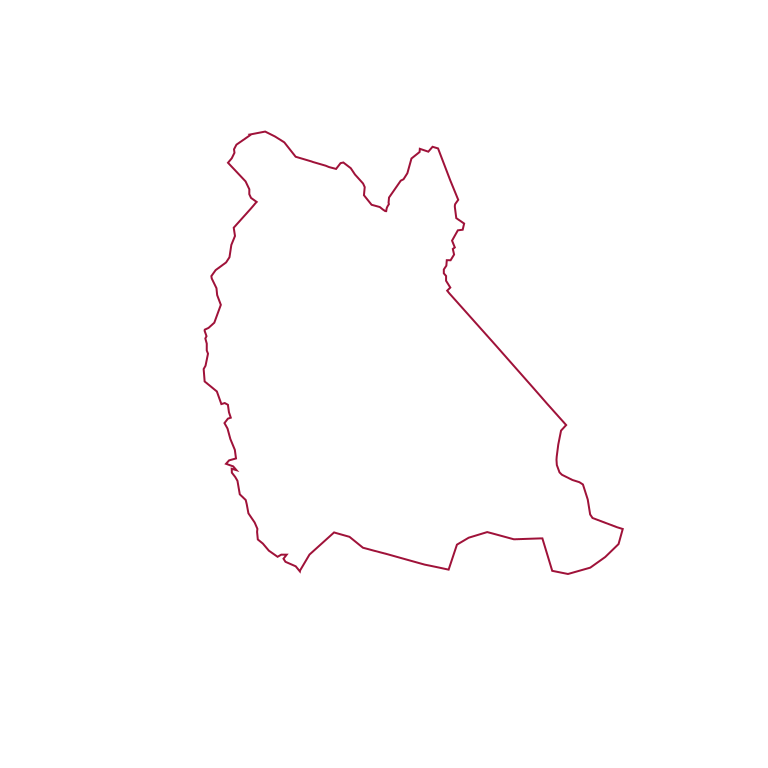 Salinas, Puerto Rico (Equal Earth projection), rotated 318°
{"feature_id": "32010507B26348414705735", "entity_name": "Salinas", "entity_type": "district", "adm_level": 2, "iso_a3": "PRI", "parent_name": "Puerto Rico", "parent_adm1": "", "projection": "equal_earth", "projection_center": [-66.255, 18.004], "detail": "fine", "context": "isolated", "style": "outline", "palette": "rose", "viewbox_px": 768, "rotation_deg": 318, "n_neighbors": 0, "source": "geoboundaries", "source_scale": "gbopen_adm2", "svg_char_len": 2422}
<svg xmlns="http://www.w3.org/2000/svg" viewBox="0 0 768 768"><g transform="rotate(318 384 384)"><path d="M211.6,348.1L211.2,353.6L210.3,357.9L203.0,369.5L203.6,377.7L201.6,381.4L196.7,389.4L195.2,400.4L193.0,406.9L190.7,409.0L186.2,415.1L187.2,421.5L186.9,430.8L189.3,441.2L193.5,442.1L197.5,445.7L192.4,446.6L191.8,450.2L196.4,460.4L196.1,467.0L196.9,466.4L214.5,460.9L233.4,460.9L235.3,460.9L247.6,460.9L248.6,462.6L256.1,474.5L258.8,491.6L261.5,495.7L264.7,500.7L272.6,512.7L282.6,528.5L291.3,542.2L292.9,544.7L293.4,545.5L296.6,549.8L302.1,557.3L307.8,565.2L330.7,552.2L344.1,554.9L361.6,563.1L364.5,567.5L376.6,586.3L379.3,588.6L386.7,594.8L396.8,603.3L398.4,604.7L384.0,635.4L393.6,648.3L414.4,658.5L432.6,660.6L451.2,659.9L464.4,651.5L461.3,646.3L449.3,623.1L449.9,618.9L458.1,606.2L464.6,591.8L463.5,587.7L459.8,581.4L455.5,570.5L455.3,567.1L458.2,559.9L461.5,555.7L463.8,553.5L473.0,545.6L484.4,537.1L491.9,536.4L492.0,507.8L492.3,488.0L492.7,448.3L492.9,429.1L493.2,360.7L493.2,360.2L493.4,356.9L497.8,356.7L499.2,348.8L502.4,345.3L502.5,341.8L505.1,338.9L509.5,337.8L513.5,334.0L516.3,336.6L522.7,334.7L525.5,329.7L528.0,329.9L530.5,323.0L541.7,319.2L545.7,322.0L550.9,318.4L548.7,309.1L555.2,299.7L556.4,298.5L557.4,297.9L562.4,296.8L569.5,277.0L581.8,245.1L578.8,240.2L572.4,241.0L568.0,233.2L565.7,235.4L555.3,234.8L542.4,243.0L535.5,244.9L532.5,244.1L512.5,248.8L508.6,252.4L508.5,252.7L508.0,253.6L505.3,254.4L503.6,255.2L501.3,257.0L500.6,256.3L499.9,253.5L499.3,249.7L494.7,242.5L495.4,230.3L501.4,224.8L502.6,221.0L502.6,208.9L503.7,201.4L502.0,192.2L499.5,190.8L492.3,192.1L488.3,186.0L486.7,182.7L479.7,171.4L479.1,170.2L470.4,156.0L471.6,137.7L468.6,127.1L464.6,116.9L451.0,108.7L451.0,109.5L434.5,107.4L429.6,109.2L427.6,112.1L421.9,114.4L416.1,115.2L416.7,140.8L414.2,149.2L410.9,152.8L409.7,156.7L411.2,163.5L409.5,163.6L406.1,164.1L402.1,164.6L376.9,167.3L372.3,174.3L363.6,178.5L354.0,186.4L348.0,188.0L335.1,186.7L327.9,188.3L326.6,190.3L323.6,200.7L319.5,206.3L315.7,216.0L298.9,224.9L291.1,224.9L287.2,223.7L286.3,224.4L284.1,229.7L281.7,230.6L279.3,235.4L274.7,240.5L273.5,243.7L263.6,251.0L260.0,252.2L252.4,262.1L254.8,277.7L249.7,290.1L252.9,291.6L254.1,295.0L249.9,301.2L247.6,306.5L244.8,305.3L239.3,306.3L237.9,312.4L233.0,322.1L229.1,333.1L224.2,340.3L217.8,337.1L213.2,337.6L216.8,344.3L216.7,349.3L214.1,345.1L211.6,348.1Z" fill="none" stroke="#9f1239" stroke-width="2"/></g></svg>